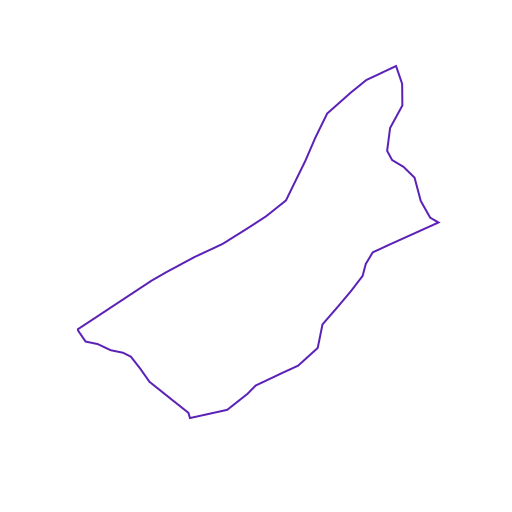 SVG path tracing the border of Sabha, rotated 162°
{"feature_id": "LBY-2971", "entity_name": "Sabha", "entity_type": "Municipality", "adm_level": 1, "iso_a3": "LBY", "parent_name": "Libya", "parent_adm1": "", "projection": "mercator", "projection_center": [14.98, 26.993], "detail": "fine", "context": "isolated", "style": "outline", "palette": "violet", "viewbox_px": 512, "rotation_deg": 162, "n_neighbors": 0, "source": "natural_earth", "source_scale": "10m", "svg_char_len": 765}
<svg xmlns="http://www.w3.org/2000/svg" viewBox="0 0 512 512"><g transform="rotate(162 256 256)"><path d="M368.9,122.3L368.7,127.7L380.6,145.6L396.2,169.3L400.9,184.6L406.1,198.9L412.4,205.1L423.3,211.3L433.7,221.1L444.5,227.3L448.2,239.8L448.0,241.4L363.1,264.8L346.0,268.4L315.0,274.0L284.1,277.8L254.9,285.1L234.3,290.6L210.3,299.6L196.8,313.6L179.8,331.1L162.9,350.3L144.3,369.5L115.4,382.1L96.6,389.3L64.1,393.4L64.1,393.1L63.8,374.6L70.3,353.9L88.9,336.3L98.8,315.5L96.9,305.2L88.1,295.1L81.0,281.5L82.3,257.4L78.5,238.6L72.1,231.5L126.6,225.5L143.8,223.4L154.0,214.6L160.8,204.1L176.2,193.5L193.3,182.8L213.9,170.4L225.7,149.5L249.8,138.7L267.0,136.7L296.4,132.9L306.8,127.5L330.9,118.6L368.9,122.3Z" fill="none" stroke="#5b21b6" stroke-width="2"/></g></svg>